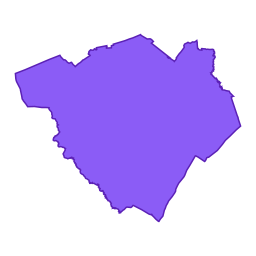 outline of Potcoava, Olt, Romania
{"feature_id": "2599482B96526679969139", "entity_name": "Potcoava", "entity_type": "district", "adm_level": 2, "iso_a3": "ROU", "parent_name": "Romania", "parent_adm1": "Olt", "projection": "orthographic", "projection_center": [24.625, 44.467], "detail": "fine", "context": "isolated", "style": "filled", "palette": "violet", "viewbox_px": 256, "rotation_deg": 0, "n_neighbors": 0, "source": "geoboundaries", "source_scale": "gbopen_adm2", "svg_char_len": 5659}
<svg xmlns="http://www.w3.org/2000/svg" viewBox="0 0 256 256"><path d="M159.0,221.4L159.3,220.7L160.5,218.9L162.9,216.1L164.4,210.1L165.3,208.3L166.2,205.6L167.6,203.2L168.6,201.0L172.1,196.7L174.7,192.9L175.6,191.2L175.7,189.6L175.9,188.9L177.5,185.5L178.8,183.1L183.8,177.0L184.7,175.4L186.7,170.3L189.9,165.2L195.3,155.9L195.8,155.9L198.3,157.2L204.6,161.5L205.0,161.2L205.7,160.2L206.3,158.8L206.9,157.6L207.3,157.4L208.3,157.3L208.8,157.1L217.3,150.5L222.4,144.4L225.4,140.3L230.1,136.0L236.3,129.8L240.6,126.1L238.3,119.1L238.0,117.4L237.2,115.6L231.5,98.4L231.4,96.8L232.4,96.7L232.9,96.2L233.3,96.2L229.9,92.7L229.2,91.2L226.3,90.7L224.2,90.0L223.0,90.0L221.9,89.6L221.9,89.4L222.3,89.2L222.3,88.6L222.2,88.4L221.4,88.3L221.2,88.0L222.0,87.8L222.0,87.4L221.1,87.3L221.0,87.1L221.2,86.7L220.1,87.1L219.7,86.7L220.1,85.9L219.6,84.8L219.6,84.1L220.2,83.1L219.7,83.2L219.6,82.8L219.8,82.3L219.4,81.5L219.0,81.5L218.7,82.7L218.0,82.4L217.6,81.8L218.2,81.8L218.3,81.6L217.8,81.1L217.8,80.9L218.0,80.8L217.5,80.1L216.4,79.6L216.4,79.2L216.8,79.0L216.2,78.1L215.1,78.4L214.8,77.9L214.1,77.5L213.6,76.4L212.7,76.0L212.3,75.0L211.1,74.5L211.1,73.7L210.8,73.0L211.2,73.1L211.6,72.7L212.0,72.7L211.9,71.6L212.1,71.2L212.7,70.9L213.4,71.1L213.6,70.9L213.1,69.4L213.9,69.2L213.6,68.3L213.8,66.9L213.0,66.8L212.8,66.5L213.0,65.9L212.9,65.3L213.6,64.9L213.7,64.5L213.3,64.3L213.3,63.8L213.5,63.5L213.4,63.2L213.5,62.9L213.2,62.6L213.1,62.2L213.1,61.8L213.6,61.3L213.3,59.9L213.4,59.5L214.1,58.9L214.4,58.8L214.6,57.8L215.1,57.4L215.0,56.2L214.8,56.0L214.3,55.8L213.8,56.0L213.0,55.7L213.4,54.8L213.9,54.7L213.8,54.0L214.3,53.8L213.9,53.3L214.0,53.1L214.6,52.9L214.4,51.5L214.1,51.1L213.6,51.1L213.6,49.8L213.0,49.4L212.4,49.3L209.8,49.5L207.5,49.2L206.3,49.4L205.1,48.8L204.2,48.9L202.2,48.6L201.6,48.6L201.8,50.1L199.5,49.9L198.4,49.2L198.3,48.6L197.6,48.6L197.2,44.1L197.2,42.6L196.8,40.5L195.5,41.5L194.2,42.1L192.5,41.9L190.3,43.3L188.6,42.7L188.0,42.3L186.9,43.0L184.9,43.9L184.5,44.2L183.8,45.8L184.3,47.0L184.2,47.4L181.6,51.0L180.1,52.9L179.7,53.1L178.8,54.3L176.2,58.0L176.5,58.6L176.0,59.5L174.3,61.4L174.1,61.0L169.6,58.1L168.4,58.1L167.8,57.4L169.4,57.4L151.4,43.2L153.4,41.5L151.5,39.5L150.1,38.8L147.2,39.0L141.3,35.5L140.8,35.1L140.6,34.6L132.8,37.9L129.3,39.0L124.9,40.7L113.3,44.2L113.5,45.2L111.4,45.7L111.4,47.8L106.6,48.1L106.9,46.9L106.5,46.9L106.7,45.7L96.4,47.7L96.3,48.4L96.8,49.3L96.7,49.6L96.3,49.8L95.7,49.7L95.0,49.0L94.4,48.8L94.1,49.2L93.9,49.7L93.4,50.1L92.6,50.2L91.4,50.1L90.9,49.8L90.5,49.9L90.2,50.5L89.6,50.8L88.9,51.7L88.8,52.2L89.0,52.5L88.4,53.5L88.5,54.3L89.4,54.4L90.1,55.5L83.8,59.7L82.7,60.1L81.8,61.2L81.3,61.5L80.7,62.3L78.4,63.7L75.2,66.6L74.8,66.0L73.1,64.6L71.6,62.4L71.2,62.3L69.1,63.3L67.4,62.3L66.2,60.8L64.9,59.8L63.6,59.8L60.8,56.8L59.9,55.3L48.9,59.6L25.0,69.8L15.4,73.5L15.8,78.5L16.1,80.2L16.6,81.7L20.3,88.9L20.5,90.3L21.8,96.4L22.2,99.0L22.9,99.8L23.2,100.6L25.9,104.0L27.7,106.7L34.5,106.5L41.7,107.5L46.0,107.5L49.0,107.7L48.9,108.7L49.4,109.7L51.3,111.8L51.8,112.9L51.8,114.4L52.4,115.8L52.3,116.4L51.9,117.5L52.0,117.9L52.9,118.6L55.2,118.9L56.1,120.8L57.2,122.3L57.3,122.8L57.0,123.8L57.1,124.1L58.2,124.9L57.4,125.3L57.1,125.8L57.2,127.0L58.1,127.9L58.3,129.3L58.6,130.0L58.4,130.2L58.4,130.4L59.7,131.8L59.6,132.3L58.6,133.3L58.1,134.3L57.3,134.7L56.7,135.6L56.2,135.6L55.7,136.0L55.2,135.9L54.8,136.5L54.6,137.1L54.0,137.3L53.7,137.7L53.7,138.3L53.4,138.7L53.2,140.1L54.1,140.8L54.9,140.8L55.2,140.6L56.4,140.7L57.3,141.5L57.9,141.6L58.0,142.2L58.5,142.5L58.3,143.0L58.8,143.7L58.6,144.5L58.2,144.7L58.1,145.5L58.2,146.3L58.5,146.6L59.1,146.9L60.7,146.6L62.0,146.9L62.9,147.4L63.4,147.3L64.0,147.5L64.5,148.1L65.3,148.4L65.0,148.7L65.2,149.6L65.1,150.2L63.1,153.9L64.0,156.1L64.2,157.2L65.0,157.8L66.8,158.2L67.8,158.8L69.2,158.2L70.3,158.2L70.4,157.8L70.9,157.9L71.4,157.3L71.8,157.4L71.6,157.8L72.1,158.1L72.1,158.4L72.9,158.2L73.0,158.6L73.3,158.1L73.5,158.1L73.4,159.1L74.3,159.8L74.0,160.5L74.0,161.5L74.6,162.2L74.6,162.5L75.1,162.7L75.0,163.4L75.5,163.9L75.9,163.9L76.1,164.5L75.8,165.0L76.5,166.1L76.5,166.5L76.8,166.6L76.8,167.0L78.7,168.7L79.3,169.0L79.6,168.8L79.9,169.1L80.3,169.9L80.6,170.1L80.3,170.6L80.2,171.4L80.3,172.2L80.6,173.1L81.7,174.0L83.2,174.7L84.0,176.0L84.8,176.6L85.5,178.1L85.9,178.5L86.9,178.8L89.0,180.3L89.1,180.6L89.1,182.0L89.9,182.6L89.8,183.3L90.1,183.3L90.6,182.8L91.1,183.3L92.2,182.7L92.2,183.2L92.5,183.4L94.1,183.3L95.0,184.0L97.3,185.2L97.6,185.1L97.3,184.4L97.7,184.1L98.0,184.2L98.3,184.7L98.8,184.9L98.6,186.0L98.8,186.5L98.4,187.0L99.2,187.7L99.3,188.5L99.9,188.4L100.1,188.6L99.7,189.2L99.8,190.4L100.6,191.0L101.8,191.2L102.1,190.7L102.9,190.7L103.0,191.3L104.0,192.6L103.5,193.0L103.9,193.4L103.9,193.8L104.2,194.0L103.9,194.4L104.3,194.6L104.9,194.4L105.5,194.8L105.5,195.2L105.3,195.5L105.7,195.9L105.1,196.1L105.0,196.4L105.5,196.7L105.6,197.2L105.5,197.6L106.3,197.5L106.3,198.3L106.9,198.4L106.8,198.7L107.0,199.3L108.0,200.1L108.1,200.3L108.0,200.6L109.5,201.1L110.1,201.6L110.4,202.0L110.3,202.5L111.3,203.3L110.9,204.1L111.0,205.0L111.5,205.8L111.4,206.2L111.6,206.3L111.7,206.7L113.1,207.6L112.8,208.1L113.8,207.8L113.9,208.2L114.5,208.0L114.8,208.7L115.0,208.8L115.3,208.6L115.5,208.0L115.7,207.9L116.3,208.5L118.2,209.2L118.9,210.4L118.9,210.8L119.3,211.0L118.7,211.4L119.0,211.7L119.5,211.6L119.4,212.2L119.1,212.6L119.2,213.0L120.6,212.7L120.7,212.3L123.4,209.9L124.1,209.6L126.3,207.3L127.2,207.1L130.9,207.5L132.0,206.7L132.9,205.5L133.5,205.5L141.7,209.7L149.0,214.1L150.6,214.6L151.4,214.4L151.5,214.7L151.9,214.6L152.2,215.5L153.2,216.3L155.9,219.2L158.5,221.4L159.0,221.4Z" fill="#8b5cf6" stroke="#5b21b6" stroke-width="1.5"/></svg>